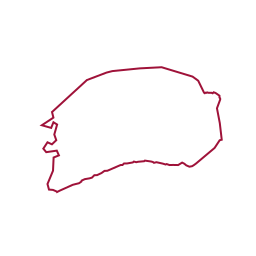 the district of Santa Ana Yareni, Oaxaca, Mexico, rotated 157°
{"feature_id": "50627088B20672774458803", "entity_name": "Santa Ana Yareni", "entity_type": "district", "adm_level": 2, "iso_a3": "MEX", "parent_name": "Mexico", "parent_adm1": "Oaxaca", "projection": "albers", "projection_center": [-96.62, 17.397], "detail": "fine", "context": "isolated", "style": "outline", "palette": "rose", "viewbox_px": 256, "rotation_deg": 157, "n_neighbors": 0, "source": "geoboundaries", "source_scale": "gbopen_adm2", "svg_char_len": 1187}
<svg xmlns="http://www.w3.org/2000/svg" viewBox="0 0 256 256"><g transform="rotate(157 128 128)"><path d="M79.3,68.7L56.1,75.8L48.4,80.9L46.3,80.6L41.6,96.6L38.4,111.4L32.0,118.2L31.6,119.3L31.9,120.2L31.2,122.0L32.8,124.6L33.8,126.1L35.2,127.4L36.5,126.9L37.4,127.8L40.2,129.0L41.2,129.8L41.9,129.7L42.2,130.0L42.8,130.2L43.7,130.0L44.2,130.8L44.9,144.1L48.5,150.1L73.3,170.8L93.9,178.3L120.2,186.5L126.1,187.4L147.1,188.2L191.7,172.4L192.6,166.7L206.2,164.2L198.7,158.1L194.4,162.4L191.9,158.9L198.4,150.8L198.8,144.8L204.4,142.7L207.7,146.3L214.0,142.1L212.7,137.7L202.4,135.0L202.3,129.8L208.0,129.9L213.7,118.0L224.0,107.9L224.8,102.2L221.2,100.3L218.3,97.2L218.3,96.8L215.5,97.0L201.1,97.3L197.7,96.8L194.7,96.3L191.9,96.9L191.2,97.7L187.8,97.8L183.1,96.7L180.6,96.4L177.4,97.7L174.9,96.7L170.0,96.9L166.4,97.7L163.7,96.7L151.4,96.8L149.2,96.8L147.5,96.1L145.6,96.9L142.6,95.7L137.0,94.4L135.7,94.8L133.8,93.3L132.0,93.0L126.1,91.1L125.2,91.4L119.8,88.1L118.4,87.0L117.7,85.8L115.2,85.4L110.0,81.7L107.6,79.7L106.5,79.7L104.3,77.7L101.0,76.4L96.3,74.3L91.7,75.0L90.1,73.1L89.0,70.9L86.6,68.4L83.9,67.8L81.9,68.1L79.3,68.7Z" fill="none" stroke="#9f1239" stroke-width="2"/></g></svg>